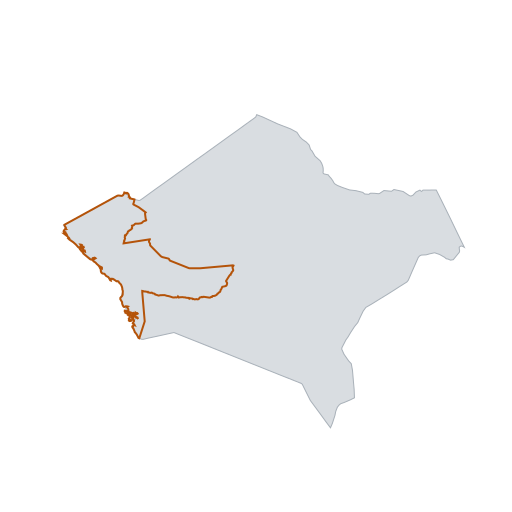 Kenya, with Coast highlighted, rotated 112°
{"feature_id": "KEN-1193", "entity_name": "Coast", "entity_type": "Province", "adm_level": 1, "iso_a3": "KEN", "parent_name": "Kenya", "parent_adm1": "", "projection": "robinson", "projection_center": [39.627, -2.351], "detail": "fine", "context": "in_parent", "style": "outline", "palette": "amber", "viewbox_px": 512, "rotation_deg": 112, "n_neighbors": 0, "source": "natural_earth", "source_scale": "10m", "svg_char_len": 8885}
<svg xmlns="http://www.w3.org/2000/svg" viewBox="0 0 512 512"><g transform="rotate(112 256 256)"><path d="M124.7,308.3L124.6,301.9L125.4,285.7L125.2,271.5L126.0,264.4L129.1,259.9L130.5,256.7L131.5,252.1L133.2,248.3L136.8,245.3L137.5,243.6L141.4,238.6L143.7,232.1L145.5,229.8L147.7,227.8L149.3,226.7L151.8,225.6L153.8,225.0L154.2,224.5L154.4,223.5L153.7,219.4L154.6,218.1L155.9,215.4L157.5,212.9L158.9,211.3L159.7,209.6L160.1,206.8L160.1,204.8L160.1,201.5L159.7,194.0L158.0,187.8L157.0,180.8L157.8,178.5L156.5,174.4L155.8,174.1L154.8,173.2L153.4,169.4L152.4,165.8L151.8,164.9L147.4,161.9L145.2,154.6L142.7,153.0L141.4,145.7L141.1,143.7L142.6,136.4L142.4,134.8L140.9,133.3L136.8,131.7L133.5,128.7L133.9,127.7L134.1,126.6L132.4,125.9L127.3,113.6L133.9,106.1L140.6,98.6L149.1,89.1L157.0,80.4L163.8,72.9L169.9,66.1L169.7,67.4L169.7,69.1L170.5,70.2L171.7,70.9L173.4,70.1L175.0,69.1L176.4,68.9L185.5,71.7L187.0,74.1L186.9,76.7L187.3,78.6L186.6,80.5L185.8,86.3L186.1,91.6L188.8,95.6L191.2,98.7L193.2,103.0L194.6,104.3L196.5,105.0L202.8,105.2L212.0,105.5L220.9,105.7L221.8,105.8L223.6,106.4L231.8,112.3L239.3,117.6L245.7,122.3L251.8,126.8L257.8,131.2L262.5,134.9L267.0,136.0L274.5,136.5L279.6,136.7L284.4,138.2L291.5,139.6L296.8,140.4L300.0,141.2L308.8,142.0L310.3,141.6L314.2,137.5L318.5,130.9L320.2,127.3L325.9,123.7L335.8,118.7L342.8,115.1L350.6,111.6L354.1,114.7L359.0,119.6L361.2,122.1L363.0,123.1L365.6,123.9L368.8,123.9L370.6,123.8L374.2,123.1L382.6,122.5L387.4,122.6L383.4,129.2L378.5,137.0L369.6,151.5L362.8,159.2L357.7,164.9L357.2,166.0L357.2,172.4L357.3,188.1L357.4,219.5L357.5,250.9L357.6,282.4L357.7,298.1L357.7,303.4L362.2,310.0L366.6,316.4L372.4,325.0L375.6,329.5L376.1,331.1L375.9,334.1L371.1,340.5L367.2,343.4L361.9,344.8L360.3,344.6L358.2,343.6L357.4,345.2L356.8,347.6L355.6,347.1L354.7,346.4L355.3,350.6L355.8,352.7L355.0,355.5L352.4,358.0L352.2,360.1L346.6,365.6L338.8,366.2L334.6,368.9L332.8,371.2L331.4,376.0L331.8,383.5L329.7,389.2L329.2,392.1L325.2,395.8L323.4,399.3L322.0,402.8L320.9,404.3L319.5,412.1L317.6,416.8L317.1,418.4L316.6,419.8L315.1,422.6L314.2,424.5L313.5,425.8L308.7,437.9L304.9,443.4L302.0,442.8L300.0,444.9L299.8,445.9L298.8,445.3L296.3,443.3L291.3,439.2L286.2,435.1L281.2,430.9L276.1,426.8L271.1,422.7L266.0,418.6L261.0,414.5L255.9,410.3L253.0,407.9L251.6,406.5L250.6,403.6L250.1,402.9L248.8,402.0L247.2,401.8L246.7,401.3L246.8,399.9L247.3,398.0L249.2,394.2L249.4,392.0L249.0,389.4L248.4,385.4L247.9,384.5L244.6,382.3L237.5,377.9L230.5,373.5L223.5,369.0L216.5,364.6L209.5,360.2L202.4,355.7L195.4,351.3L188.4,346.9L181.4,342.4L174.4,338.0L167.3,333.5L160.3,329.1L153.3,324.7L146.3,320.2L139.2,315.8L132.2,311.4L129.6,309.7L127.2,308.3L124.7,308.3ZM358.2,351.4L357.0,351.7L357.6,349.6L361.2,346.8L362.7,347.5L362.9,348.1L362.9,348.7L362.3,349.2L358.2,351.4Z" fill="#d9dde1" stroke="#a8b0b8" stroke-width="1"/><path d="M376.0,333.4L376.0,334.2L373.5,337.1L372.3,339.1L372.1,339.8L371.4,340.3L369.5,342.2L368.4,343.9L367.7,344.3L367.2,343.6L366.6,343.9L366.0,343.8L365.6,343.4L365.6,342.6L364.9,343.4L364.8,344.3L364.5,345.1L363.5,345.0L362.0,344.7L361.6,344.9L360.9,345.7L360.0,346.2L359.3,347.1L358.8,347.1L358.0,346.6L357.8,346.2L357.7,345.7L357.7,345.1L358.0,344.1L357.9,343.1L358.1,342.7L358.6,341.8L357.4,342.8L357.3,347.2L356.6,348.2L356.0,347.7L355.3,345.4L354.4,344.7L354.1,344.3L353.8,344.1L353.4,344.7L353.6,345.2L353.7,345.7L353.6,346.2L354.2,345.9L354.6,346.0L354.9,346.5L355.0,347.1L354.9,347.3L354.6,347.5L354.6,348.1L355.1,348.2L355.2,348.5L355.3,351.2L355.5,352.6L355.9,353.6L356.2,353.7L356.9,353.6L357.4,354.0L357.7,354.5L357.7,354.9L357.4,355.9L356.5,357.0L355.8,357.2L355.7,356.8L356.8,356.2L356.2,355.9L355.8,355.6L355.0,354.6L354.8,354.3L354.9,354.0L354.5,353.8L353.9,354.1L353.0,354.6L352.3,355.6L351.6,356.3L350.9,355.9L351.0,356.6L351.2,356.8L351.6,357.0L351.3,357.7L351.6,358.2L352.5,358.9L352.7,359.5L352.3,360.3L351.4,361.3L350.4,362.2L348.9,362.9L346.9,365.6L345.7,366.1L344.7,365.8L343.7,365.3L342.7,365.1L341.6,365.2L338.3,366.4L336.9,367.5L336.1,367.8L335.1,368.5L333.5,370.0L333.1,370.4L332.8,371.0L332.2,372.5L331.2,373.9L331.1,374.5L331.1,374.8L331.6,375.6L331.7,375.8L331.5,376.7L330.9,379.1L330.8,380.3L331.5,380.9L331.3,381.9L331.7,382.3L332.4,382.3L333.1,381.7L333.1,382.1L332.8,382.5L331.7,383.8L331.0,384.8L330.8,385.3L330.7,387.2L330.5,387.8L329.4,389.6L329.3,390.1L329.7,391.5L329.7,392.2L329.5,392.7L329.2,393.3L328.8,393.7L328.3,394.1L326.7,394.9L326.3,395.2L325.5,396.3L325.1,396.7L324.5,396.8L324.8,396.2L325.1,394.7L325.2,394.2L324.6,394.4L324.3,394.7L324.2,396.1L324.1,397.0L324.3,397.7L323.7,398.7L323.0,400.7L322.2,402.3L321.8,404.5L321.4,405.3L321.0,405.8L320.7,405.8L320.0,405.5L319.4,404.8L318.4,404.7L318.6,404.2L318.2,403.9L318.0,404.6L318.1,405.2L318.5,405.5L319.1,405.5L318.7,406.0L318.9,406.4L319.3,406.6L320.5,406.1L320.8,406.4L321.0,407.0L321.1,407.5L321.1,408.7L318.4,417.0L317.6,417.9L316.6,418.1L316.0,417.5L316.0,416.2L315.2,416.7L315.0,417.0L315.6,418.4L316.0,418.8L316.7,418.7L317.1,418.9L317.0,419.5L316.3,420.4L316.1,421.0L315.6,421.9L315.3,422.0L314.9,421.8L314.7,421.0L314.5,420.8L314.2,420.3L314.3,419.5L314.3,419.0L313.7,419.5L312.8,419.0L312.5,418.9L312.1,419.3L312.4,419.6L313.7,420.0L313.4,420.7L313.1,421.0L312.1,421.3L311.1,421.3L311.0,421.5L311.0,422.3L311.2,423.1L311.7,422.4L312.8,422.3L313.9,422.7L314.6,423.3L314.4,424.2L312.8,427.4L311.7,430.5L310.7,435.1L310.3,436.1L310.0,435.6L309.7,435.6L309.2,436.4L309.1,436.6L309.2,437.1L308.5,437.9L307.4,441.8L307.2,441.1L307.3,440.0L307.1,439.4L306.7,439.8L306.0,441.5L305.6,441.3L305.4,441.4L305.3,441.9L305.4,442.2L305.9,443.0L305.6,443.5L304.5,443.7L303.2,443.3L302.4,442.2L302.2,443.0L301.2,442.7L300.5,443.5L299.9,444.5L299.3,445.0L298.9,445.2L298.8,445.3L252.1,407.2L251.6,406.5L251.3,405.8L250.7,403.5L250.5,402.9L250.0,402.4L249.4,402.1L248.7,401.9L248.0,401.8L246.4,401.9L246.3,401.4L246.7,400.1L246.6,399.8L246.0,399.7L245.8,399.4L245.7,399.0L246.0,398.2L246.1,397.8L246.6,397.2L247.4,396.6L248.1,396.1L248.8,396.1L248.7,395.4L248.8,394.9L249.2,394.5L249.8,394.5L249.1,389.9L249.7,389.7L252.7,389.3L253.8,389.3L254.1,388.9L254.2,388.5L254.7,383.1L256.9,374.6L257.8,374.9L258.6,374.6L262.5,372.4L263.4,371.8L263.6,371.4L263.9,371.3L264.1,371.2L264.5,371.5L265.3,372.6L266.3,373.5L268.1,374.3L268.8,375.0L270.2,377.4L271.2,379.9L271.6,380.2L273.2,380.9L274.3,382.3L274.6,382.0L274.9,381.8L275.6,381.7L276.2,381.7L276.6,381.3L277.4,381.4L279.0,382.3L279.7,383.0L280.6,383.3L281.2,383.9L281.6,383.9L282.8,383.7L283.1,383.8L284.1,384.2L285.7,384.4L285.9,384.6L285.8,385.2L285.9,385.3L286.6,385.1L287.0,384.8L287.9,384.7L288.7,384.0L289.0,383.9L290.0,384.0L290.9,383.8L291.4,384.0L291.7,384.0L292.4,383.3L292.6,383.2L292.9,383.3L293.5,383.6L293.9,383.5L280.3,360.7L280.5,360.6L281.0,360.8L281.9,360.9L282.6,360.7L283.3,360.2L284.1,359.0L284.5,358.7L285.4,358.4L285.9,357.9L291.8,344.3L292.0,343.5L292.1,342.5L291.2,336.2L291.3,335.7L292.4,334.3L292.5,333.8L292.4,313.7L292.2,312.8L288.3,303.2L273.3,273.9L273.3,273.4L273.9,273.5L274.2,273.3L274.9,273.7L275.9,273.2L277.6,271.8L278.5,271.8L280.4,272.5L281.2,272.3L281.7,272.6L282.2,272.6L282.8,272.5L282.9,272.8L283.3,273.0L284.1,273.3L290.3,274.4L290.7,274.2L291.5,273.0L291.8,272.7L292.3,272.5L293.4,272.3L294.4,272.3L294.7,272.4L294.9,272.8L295.5,273.2L297.2,275.7L300.0,275.8L300.6,276.1L301.9,275.9L302.6,275.9L303.1,276.2L303.8,276.8L304.8,277.0L305.2,277.4L305.3,277.6L306.7,277.9L307.1,278.2L308.1,279.0L308.4,279.6L308.8,279.9L309.4,281.3L309.7,281.5L310.2,281.4L310.5,281.5L311.1,282.6L311.7,282.9L312.1,283.8L313.4,289.2L313.6,289.7L314.0,289.8L314.2,290.1L314.3,290.6L314.4,291.1L314.6,291.1L315.5,292.5L315.9,292.7L316.8,292.8L317.3,293.0L317.7,293.3L318.0,293.7L318.2,294.3L318.2,294.9L319.2,296.6L319.3,298.0L319.6,298.4L319.3,298.9L319.4,299.5L319.8,300.7L319.9,301.9L320.0,302.3L320.5,302.2L320.4,302.7L320.2,303.2L320.4,303.6L320.9,305.3L320.9,306.3L321.3,307.1L321.7,308.8L322.9,311.4L323.4,311.9L323.0,312.5L322.7,313.2L323.4,313.3L324.0,313.8L324.4,314.6L324.5,315.4L325.2,316.4L325.6,317.8L325.8,321.0L326.0,322.4L326.3,323.7L326.5,326.1L326.7,326.5L328.2,330.1L328.9,331.0L329.2,331.5L329.3,333.9L329.5,335.0L329.4,335.3L329.0,335.7L329.0,336.4L329.3,338.0L329.2,338.3L329.0,338.7L329.0,339.0L329.2,339.3L329.7,340.0L330.0,341.8L330.2,342.3L329.7,342.8L330.0,343.4L330.4,345.4L331.0,347.1L330.8,347.5L331.0,348.4L332.8,347.6L358.3,334.7L376.0,333.4ZM360.1,347.3L360.5,346.8L361.4,346.9L362.4,347.3L363.1,347.7L363.7,348.9L363.5,349.7L362.9,349.8L362.4,349.0L362.4,349.8L362.3,350.1L362.0,350.3L361.8,350.5L361.6,350.5L361.4,350.4L361.1,350.0L360.0,350.3L358.8,351.0L358.5,350.8L358.2,350.8L358.0,351.2L357.9,351.7L358.1,352.0L358.7,352.5L358.6,352.8L358.2,352.8L357.9,352.6L357.8,352.3L357.7,351.8L357.0,352.0L357.0,351.1L357.3,350.0L357.8,349.1L358.4,348.7L359.2,348.5L359.8,348.1L360.1,347.3Z" fill="none" stroke="#b45309" stroke-width="2"/></g></svg>